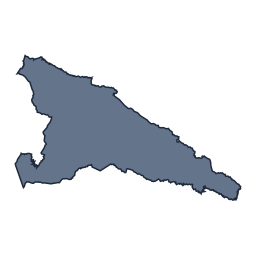 outline of San Juan De Arama, Meta, Colombia
{"feature_id": "7082276B21683535266968", "entity_name": "San Juan De Arama", "entity_type": "district", "adm_level": 2, "iso_a3": "COL", "parent_name": "Colombia", "parent_adm1": "Meta", "projection": "orthographic", "projection_center": [-73.737, 3.312], "detail": "fine", "context": "isolated", "style": "filled", "palette": "slate", "viewbox_px": 256, "rotation_deg": 0, "n_neighbors": 0, "source": "geoboundaries", "source_scale": "gbopen_adm2", "svg_char_len": 5771}
<svg xmlns="http://www.w3.org/2000/svg" viewBox="0 0 256 256"><path d="M132.7,109.4L130.8,108.3L128.4,108.6L127.9,108.2L124.4,105.3L119.4,99.7L114.1,95.8L114.2,94.7L113.3,94.8L113.7,93.4L116.3,93.4L117.3,91.7L116.4,90.6L115.5,90.3L115.6,89.9L114.8,89.8L113.4,88.0L112.5,88.1L111.5,87.4L110.1,87.8L108.9,87.3L105.6,87.2L103.7,85.8L102.6,86.3L102.0,86.0L101.1,87.0L99.4,87.0L98.2,85.8L96.2,86.1L95.7,85.5L94.9,85.8L94.1,85.0L92.7,85.1L91.3,83.9L91.1,81.0L91.9,78.5L91.2,78.1L91.6,77.6L90.1,78.1L89.8,77.5L88.0,77.9L87.9,77.4L86.7,76.8L85.6,76.9L85.2,77.3L84.8,76.8L84.0,77.3L82.6,76.5L80.3,77.3L78.5,76.1L75.9,76.7L74.5,75.8L73.9,76.2L73.1,75.6L73.0,76.0L70.6,74.9L70.1,75.3L68.2,74.0L67.4,74.2L67.4,73.5L66.8,73.4L66.1,72.1L64.3,72.0L63.3,70.8L62.1,70.3L62.0,69.6L61.1,69.5L61.1,69.0L60.3,69.4L60.0,68.7L59.2,68.9L55.6,67.0L54.6,65.8L52.9,65.4L51.6,64.4L51.1,64.4L50.8,63.8L50.4,64.2L49.7,64.1L50.0,63.9L49.7,63.7L49.3,63.9L49.0,63.1L48.5,63.4L47.2,62.3L46.7,62.3L46.5,61.7L45.8,61.7L45.9,61.2L44.9,59.9L43.5,60.0L43.5,59.3L43.0,59.4L43.3,59.1L42.4,58.9L42.8,58.4L41.4,57.4L41.6,57.1L40.9,56.9L39.1,58.0L35.5,58.9L33.8,59.9L34.0,58.9L32.8,58.3L29.6,58.8L27.8,56.7L26.2,56.5L25.5,55.9L25.3,56.3L25.0,55.9L23.8,60.2L23.0,61.0L24.0,62.9L23.5,63.9L24.1,64.7L23.0,66.4L23.4,66.6L22.1,68.5L21.6,68.2L20.5,68.6L17.2,73.7L18.9,73.2L19.7,74.2L22.7,75.0L25.2,76.9L28.3,81.1L29.8,82.0L32.3,89.8L33.2,91.3L33.7,94.5L32.9,95.5L33.1,97.6L32.2,98.6L31.7,100.2L32.5,102.8L33.2,103.1L34.0,105.2L35.3,105.9L36.2,107.2L36.1,109.3L37.0,110.4L37.3,112.3L40.1,112.8L41.9,114.3L43.3,113.8L45.9,114.8L47.7,114.9L49.3,117.1L51.6,117.0L51.4,118.9L50.0,122.4L47.6,125.4L47.1,127.4L43.2,131.9L43.4,133.6L44.9,135.7L44.2,140.3L44.5,141.5L46.3,143.9L46.2,144.4L45.2,145.1L44.3,147.7L41.1,152.9L41.6,153.9L44.5,154.8L44.4,155.7L43.3,156.6L44.2,158.3L44.0,158.9L42.9,159.4L42.4,160.8L41.2,160.9L40.8,162.5L39.8,163.1L38.9,165.3L36.8,167.7L37.2,165.4L36.0,164.7L36.0,165.8L35.0,165.8L34.9,166.7L34.6,166.6L33.7,164.9L34.4,164.4L34.3,163.4L33.8,164.1L32.4,164.2L33.4,163.4L32.6,162.0L34.4,162.1L34.8,161.3L33.6,161.6L33.4,159.9L32.6,160.4L32.1,159.7L31.4,160.8L31.1,159.0L32.0,157.0L31.3,156.4L31.6,154.2L29.1,153.4L26.8,153.6L26.5,154.2L24.9,153.8L24.5,154.5L23.3,153.8L22.0,154.0L21.2,153.3L20.8,154.6L17.6,159.3L16.8,161.9L15.4,163.4L15.4,164.7L23.4,187.6L24.3,186.5L25.2,183.4L26.8,181.8L28.4,181.9L32.6,183.3L33.5,183.2L35.4,181.9L40.9,182.3L42.2,183.0L44.5,182.9L50.9,183.8L57.8,182.6L59.4,182.7L61.7,179.6L63.2,178.7L65.3,178.8L66.3,178.5L69.5,179.5L71.3,179.1L71.4,178.4L72.6,178.0L72.5,177.3L74.8,175.1L74.6,174.1L75.7,171.4L76.7,170.6L77.3,170.6L78.6,168.6L80.0,168.1L80.5,168.6L80.9,168.0L81.5,168.2L81.8,167.6L82.2,167.6L81.8,167.2L82.2,167.5L85.2,167.3L85.8,166.7L87.0,166.5L87.3,166.1L87.5,166.4L88.5,165.3L90.9,165.2L91.5,164.7L92.2,167.0L100.2,170.8L110.8,164.0L111.5,164.6L113.8,164.2L114.2,165.5L115.4,165.4L116.2,167.1L117.1,167.4L118.4,168.8L120.9,169.2L121.9,171.4L123.1,171.2L125.0,172.7L125.8,172.5L126.8,169.0L127.5,168.7L132.7,170.2L134.0,171.9L135.5,172.4L137.7,174.1L139.4,173.9L141.5,175.4L142.5,175.4L143.4,176.1L143.9,177.3L146.0,178.4L146.5,179.3L147.6,179.1L149.6,180.0L150.6,180.0L151.6,181.1L153.3,181.5L155.4,181.1L158.5,179.1L159.7,179.9L160.4,181.3L162.5,180.7L163.5,181.2L164.2,179.8L165.7,180.3L167.6,179.5L168.5,180.1L169.0,181.9L170.0,181.8L170.6,182.8L172.2,181.9L174.1,181.6L174.7,182.1L175.7,182.0L175.9,182.5L175.5,183.3L176.6,184.6L178.0,183.8L179.1,183.6L179.5,184.1L180.6,183.4L181.2,183.6L181.4,184.5L182.3,184.5L182.8,185.3L183.4,183.8L183.9,184.8L184.7,184.1L185.8,184.6L186.6,183.9L187.8,184.7L189.7,184.1L190.9,184.9L192.0,184.2L192.6,184.7L192.2,187.1L193.7,189.6L195.4,189.0L196.3,191.3L198.5,190.9L198.8,191.3L198.4,192.3L199.6,192.8L200.0,192.3L201.1,193.7L201.3,192.2L204.7,191.5L203.5,190.8L202.7,191.0L202.3,190.4L203.7,188.9L204.6,188.9L204.5,188.2L203.6,187.6L203.6,186.6L205.2,186.2L205.2,187.1L206.0,188.2L207.3,188.3L208.0,188.8L208.7,188.6L210.0,190.0L211.7,190.3L212.2,189.7L213.0,190.2L213.2,189.9L214.1,190.4L214.0,191.0L216.1,191.5L216.2,192.3L219.2,193.2L219.0,194.1L219.3,194.3L220.2,193.8L220.8,194.2L221.4,194.0L221.7,195.2L222.9,195.6L222.4,195.9L222.6,196.3L223.9,197.2L224.4,197.0L224.7,197.5L225.6,196.9L227.5,197.5L229.0,199.3L230.5,199.5L230.6,199.0L231.6,199.1L232.8,200.1L234.2,199.8L233.9,199.0L235.7,198.1L235.8,198.6L235.3,199.6L236.0,199.8L236.4,198.7L236.0,198.4L237.0,197.9L236.8,196.2L237.5,195.5L237.4,194.6L238.0,193.7L238.0,192.7L237.5,193.0L237.1,192.0L237.9,191.6L237.8,191.2L238.3,190.9L238.2,190.2L238.6,190.0L238.8,189.1L239.8,189.4L240.6,188.6L240.3,187.4L240.6,186.4L239.3,185.5L239.0,184.5L237.0,183.6L234.2,180.6L233.2,180.3L232.4,179.5L231.9,179.7L231.6,178.7L230.8,178.2L230.1,176.9L229.0,177.4L228.0,176.1L225.8,176.3L225.3,175.5L225.4,174.5L224.1,174.4L222.2,172.8L221.3,173.2L220.6,172.8L219.4,173.2L218.6,172.8L216.0,173.6L215.8,173.1L214.0,171.8L212.3,171.2L210.9,165.8L210.5,161.4L209.7,159.4L206.6,158.0L204.4,156.2L204.1,156.6L203.2,156.2L203.3,156.6L202.5,157.3L202.2,157.1L202.3,157.5L201.0,158.3L199.0,157.7L196.7,158.1L195.6,157.6L195.0,157.0L195.2,156.4L194.7,156.3L194.8,155.5L194.0,155.4L194.2,153.6L194.8,153.2L194.9,151.5L193.8,151.1L192.5,149.2L192.4,148.3L191.2,148.0L190.1,147.0L188.4,147.3L187.4,145.9L185.6,144.8L184.3,144.9L183.1,143.4L181.6,143.0L179.5,141.0L178.4,142.1L177.0,141.8L176.7,139.9L177.8,139.6L178.5,139.9L178.8,136.8L177.6,136.8L177.1,136.0L176.0,136.1L174.7,135.6L173.7,134.6L172.7,134.7L171.9,131.6L170.3,130.8L168.3,128.4L166.6,128.9L163.6,127.7L160.1,127.7L158.7,127.1L158.3,125.4L156.2,125.4L155.2,124.4L153.5,123.6L151.1,123.8L148.4,121.6L147.4,120.2L140.4,115.8L137.5,112.7L134.2,111.4L132.7,109.4Z" fill="#64748b" stroke="#1e293b" stroke-width="1.5"/></svg>